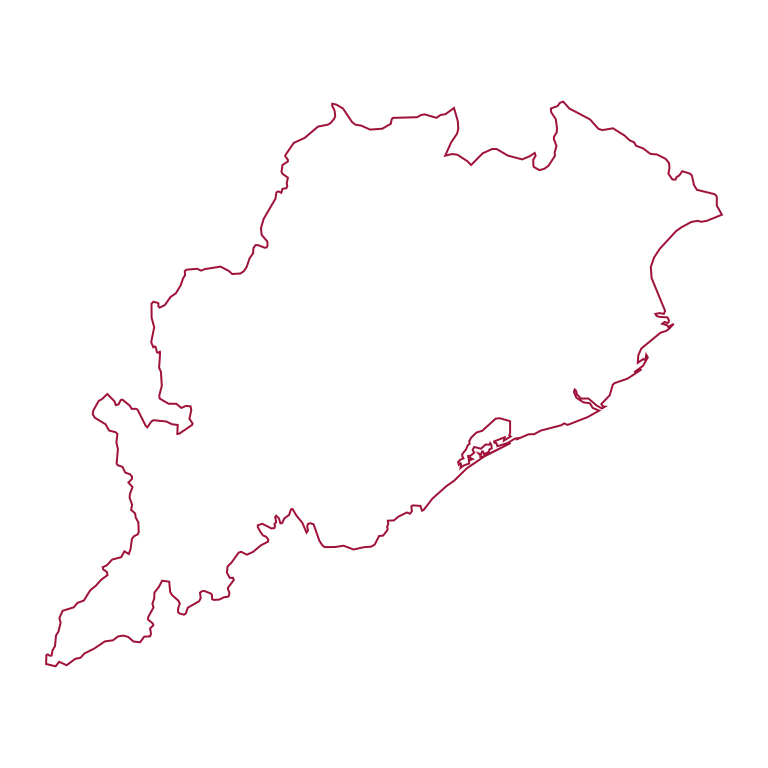 outline of Odisha
{"feature_id": "IND-2444", "entity_name": "Odisha", "entity_type": "State", "adm_level": 1, "iso_a3": "IND", "parent_name": "India", "parent_adm1": "", "projection": "mercator", "projection_center": [83.889, 20.172], "detail": "fine", "context": "isolated", "style": "outline", "palette": "rose", "viewbox_px": 768, "rotation_deg": 0, "n_neighbors": 0, "source": "natural_earth", "source_scale": "10m", "svg_char_len": 6099}
<svg xmlns="http://www.w3.org/2000/svg" viewBox="0 0 768 768"><path d="M721.9,214.7L706.9,220.8L701.5,221.8L697.3,220.8L691.2,222.0L681.4,227.3L676.0,231.2L659.7,248.9L654.1,257.4L650.8,267.1L651.6,278.1L665.1,310.9L663.8,313.9L659.6,313.1L655.4,313.9L656.6,315.9L659.0,316.8L667.4,317.4L668.9,320.2L668.7,322.2L667.6,323.0L664.6,322.0L662.2,323.8L667.4,325.4L668.3,327.0L673.7,323.8L669.3,328.6L666.2,330.9L660.4,332.8L641.3,348.5L638.3,355.3L637.8,362.8L643.3,359.0L645.4,360.3L646.2,354.7L647.8,357.3L643.1,365.8L634.9,371.7L635.7,372.8L641.6,369.3L627.6,378.6L614.6,383.1L612.8,384.7L609.7,395.3L601.3,404.1L602.7,406.2L605.1,406.6L601.9,408.5L596.5,405.4L588.4,398.5L581.0,398.6L577.0,394.4L575.9,390.5L574.7,389.5L573.9,392.0L576.4,397.8L583.4,402.3L589.9,403.3L592.8,408.0L599.2,410.6L587.6,417.1L567.7,424.9L564.1,423.4L561.4,425.2L540.7,430.6L534.3,434.1L528.3,434.4L516.0,439.7L517.6,438.2L514.9,438.6L507.7,443.0L497.4,446.2L496.3,443.0L494.5,442.9L494.1,441.4L504.7,437.3L503.9,440.6L510.7,436.5L509.3,435.2L510.1,433.3L510.1,421.2L499.7,418.2L495.6,418.7L482.2,430.8L476.5,432.5L471.2,437.6L469.3,441.0L469.6,443.8L467.8,445.3L466.1,449.3L462.3,454.1L462.2,456.1L463.5,458.4L460.3,459.7L458.1,462.0L458.8,464.7L460.5,463.2L461.0,464.4L460.5,468.0L463.5,465.6L469.2,463.5L468.8,459.1L470.5,459.9L472.6,459.1L468.1,456.8L468.1,456.0L470.3,455.9L474.2,452.7L472.6,449.9L474.2,447.0L481.0,448.7L485.6,444.5L489.2,444.7L490.2,443.0L491.5,445.3L491.7,448.3L489.4,449.5L488.7,451.9L484.1,454.2L483.0,451.5L482.1,451.4L481.0,454.3L478.7,453.5L480.3,455.3L480.3,456.8L483.4,456.5L510.7,443.0L484.1,456.6L466.7,468.4L454.4,480.5L446.2,486.3L432.5,498.5L423.5,510.1L422.0,510.7L420.4,505.9L412.8,505.4L411.3,506.3L411.9,511.2L410.0,513.7L406.9,512.5L398.6,516.5L393.9,520.4L387.8,520.7L388.3,524.2L387.1,526.7L387.7,529.1L387.0,530.6L383.1,535.6L379.1,536.0L374.7,544.6L370.9,546.7L363.8,547.2L353.6,549.5L343.5,545.7L335.3,547.0L324.8,547.1L322.4,545.4L319.4,540.8L313.6,524.3L310.2,523.2L307.8,524.2L307.2,526.6L308.0,530.4L306.5,532.6L302.4,522.9L296.3,515.4L292.6,509.1L291.0,509.4L289.1,514.9L284.4,518.3L282.1,523.1L280.4,523.3L278.9,518.3L276.1,515.7L275.2,517.1L276.2,522.1L274.4,524.2L275.1,525.9L274.4,528.0L271.6,528.5L262.4,523.8L257.8,525.3L257.8,527.1L260.8,532.6L263.1,535.5L266.1,536.7L268.3,539.7L268.1,541.6L261.1,545.2L253.0,551.9L246.9,554.7L241.2,551.8L238.6,552.7L231.7,562.3L227.6,566.5L226.9,572.7L229.8,577.9L233.0,577.8L233.8,580.0L228.2,587.4L227.8,588.8L229.4,592.7L228.9,595.8L227.8,596.8L224.4,597.1L219.2,599.6L213.8,599.9L212.1,599.1L212.0,595.2L211.0,593.6L204.1,590.9L201.8,591.3L200.0,592.7L200.7,598.2L199.1,601.2L187.8,607.7L185.8,613.4L184.0,614.7L179.3,613.4L178.1,612.1L178.1,608.5L179.8,603.5L178.4,600.7L172.1,595.1L170.2,592.1L169.2,581.7L162.1,580.7L158.9,586.9L154.5,592.5L154.2,598.6L152.4,603.7L153.5,607.4L148.0,617.5L148.1,619.6L152.6,623.3L153.4,625.2L150.1,628.4L151.0,633.7L150.1,636.3L144.2,636.7L140.1,642.3L133.5,641.5L128.1,636.9L123.6,635.6L118.1,636.4L112.9,640.3L104.9,641.4L94.0,648.7L84.5,653.4L80.6,657.7L75.2,658.9L66.6,665.2L59.1,661.8L55.6,666.3L46.1,664.0L46.4,655.1L47.7,654.4L50.0,655.8L51.6,655.5L52.6,650.2L55.0,646.1L56.0,635.5L58.5,631.5L60.6,622.7L59.4,618.0L62.6,610.8L73.8,607.3L77.4,602.9L83.8,600.6L90.3,590.2L96.0,585.6L101.1,579.8L107.5,575.1L106.9,572.0L103.2,569.4L102.7,567.3L106.8,565.3L112.2,559.5L121.2,557.2L124.4,551.3L128.8,554.0L130.6,548.8L131.9,539.1L133.9,536.3L137.8,534.3L138.7,532.1L138.4,522.5L135.7,517.5L135.1,513.4L131.1,509.9L132.1,504.8L129.6,497.8L129.9,494.0L132.5,487.1L128.4,482.5L132.1,478.8L132.0,476.7L130.2,474.4L125.2,472.5L122.4,466.8L117.6,465.2L116.6,463.4L117.9,449.3L116.4,442.4L117.4,434.0L115.6,432.2L109.0,430.5L105.6,424.3L94.9,417.8L92.7,414.1L93.3,410.5L98.7,400.9L102.0,399.1L107.3,394.0L114.4,401.2L115.8,405.1L118.5,404.4L120.7,400.1L122.4,399.6L129.9,405.8L131.7,408.9L136.0,408.8L137.6,409.7L145.7,425.8L147.3,427.3L151.3,421.6L153.5,420.2L166.3,421.5L171.9,424.2L177.7,425.0L177.3,433.9L179.2,433.7L192.0,425.0L192.6,423.5L189.4,418.8L191.3,410.2L190.6,406.4L186.0,405.9L181.3,407.9L176.3,403.8L168.5,403.7L159.6,398.5L159.3,395.4L161.8,385.9L160.9,371.7L159.1,367.8L160.1,353.0L159.8,351.7L158.1,352.8L156.9,352.2L155.7,347.1L154.8,346.4L153.3,347.3L151.2,342.2L154.2,327.2L151.6,317.8L151.5,303.7L153.4,301.8L157.3,302.7L158.4,303.4L158.4,306.4L159.6,307.6L164.8,305.1L170.6,296.9L175.9,293.3L180.8,285.0L183.1,278.2L185.0,275.4L184.8,271.1L186.4,269.7L197.0,268.8L201.2,270.6L204.8,269.1L220.6,266.6L228.9,271.0L232.2,274.0L240.4,273.5L243.8,271.2L246.5,267.3L249.7,258.1L253.1,253.3L253.4,248.2L255.5,245.1L257.9,245.1L264.6,247.7L266.7,247.4L267.6,245.2L267.3,241.5L261.7,234.9L260.9,228.4L263.6,219.0L275.5,198.6L276.4,192.4L278.5,191.4L281.3,192.8L282.5,188.8L286.4,188.2L287.3,186.0L286.7,183.4L287.9,177.7L282.4,173.7L281.5,171.7L282.5,165.0L287.9,161.5L287.8,159.6L285.2,156.3L285.5,154.9L293.8,142.9L304.7,137.9L318.0,126.6L328.0,124.6L330.7,123.0L334.4,118.4L335.2,115.6L334.5,110.4L332.1,105.7L332.3,103.7L336.4,104.6L343.0,108.5L352.0,122.0L355.4,124.7L361.2,125.6L370.1,129.6L382.3,128.7L390.8,123.8L391.7,119.2L393.0,117.9L417.1,117.2L421.0,115.0L424.6,114.4L436.5,117.8L440.5,115.0L445.4,114.2L454.0,108.0L457.8,121.2L458.3,128.8L457.1,133.6L451.1,142.5L445.2,155.7L452.3,154.0L457.6,154.8L467.5,161.3L471.1,165.0L482.7,153.3L492.2,149.0L496.5,149.0L507.9,155.6L522.1,159.4L529.6,156.3L534.7,153.0L535.6,155.7L533.2,159.8L533.4,165.8L533.9,167.0L539.4,170.1L544.2,168.9L548.5,165.8L554.9,155.9L554.7,152.4L556.5,146.0L553.9,139.1L553.9,136.9L556.7,132.4L557.0,128.2L555.8,119.2L551.2,112.3L550.9,108.5L557.5,106.1L560.1,102.7L563.3,101.7L569.2,108.4L590.0,119.4L598.5,128.9L602.4,130.1L613.0,128.3L624.7,135.7L629.6,140.3L634.1,142.3L636.1,145.8L643.0,148.3L650.4,153.9L657.0,154.5L665.7,158.9L669.0,163.0L669.5,167.9L668.4,173.6L672.4,179.5L675.5,179.6L676.6,177.1L679.3,175.4L682.3,171.2L690.1,173.7L691.9,175.5L693.9,184.8L696.9,189.8L714.3,194.1L716.0,195.4L716.8,197.0L716.8,205.6L721.9,214.7Z" fill="none" stroke="#9f1239" stroke-width="2"/></svg>